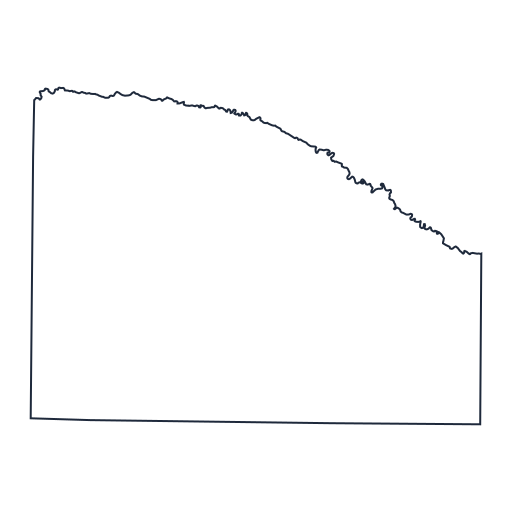 Pichi Mahuída, Río Negro, Argentina
{"feature_id": "61730980B95848117097679", "entity_name": "Pichi Mahuída", "entity_type": "district", "adm_level": 2, "iso_a3": "ARG", "parent_name": "Argentina", "parent_adm1": "Río Negro", "projection": "albers", "projection_center": [-64.189, -39.336], "detail": "fine", "context": "isolated", "style": "outline", "palette": "slate", "viewbox_px": 512, "rotation_deg": 0, "n_neighbors": 0, "source": "geoboundaries", "source_scale": "gbopen_adm2", "svg_char_len": 5933}
<svg xmlns="http://www.w3.org/2000/svg" viewBox="0 0 512 512"><path d="M200.5,105.3L200.3,105.8L200.6,106.7L200.6,107.2L200.2,107.5L199.1,107.3L198.8,106.6L198.3,105.9L197.2,105.5L196.4,105.5L195.5,106.2L194.4,106.1L192.1,105.4L189.0,105.9L188.3,105.6L187.8,105.7L185.9,105.5L183.9,104.6L183.7,103.3L184.0,102.6L183.8,101.9L182.9,102.1L179.6,103.4L177.5,103.5L177.5,103.0L177.7,102.5L177.5,102.0L176.9,101.4L175.8,101.1L175.3,101.4L174.2,101.4L172.7,99.8L171.4,99.0L169.5,98.5L167.1,97.4L166.8,97.6L166.4,98.3L163.7,99.5L162.6,100.6L162.1,100.8L161.7,100.5L161.4,99.8L160.7,99.2L159.4,98.8L158.8,98.8L156.0,100.1L152.5,100.1L151.2,99.9L150.7,99.7L149.8,98.9L144.3,96.6L141.9,96.4L139.8,95.6L138.0,94.2L137.2,93.9L136.0,93.8L135.3,93.4L134.3,92.3L133.6,92.2L132.1,93.1L130.7,94.6L129.7,95.1L128.5,95.4L125.0,95.7L122.4,95.1L120.5,94.0L119.0,92.8L117.0,91.9L115.9,92.6L114.7,94.1L114.1,95.3L113.6,95.8L112.5,96.0L111.2,95.6L110.7,95.7L109.8,96.1L109.2,97.2L108.3,97.7L105.6,97.8L104.7,97.6L103.1,96.8L102.1,96.8L98.7,95.5L97.5,94.7L96.0,94.4L95.1,93.9L94.2,94.0L91.9,93.9L90.5,93.7L89.3,93.1L86.6,93.6L85.9,93.5L85.3,93.0L83.6,92.7L82.2,92.0L81.8,92.0L79.4,93.2L78.8,93.2L75.5,92.1L74.8,91.5L74.3,91.4L73.1,91.8L72.5,91.0L71.9,90.8L69.7,91.2L68.0,90.6L64.9,90.4L64.3,88.8L63.8,88.2L63.2,87.9L60.9,88.1L59.7,87.7L59.0,87.7L58.4,88.1L58.0,89.5L57.7,89.7L56.5,89.3L55.6,89.4L55.2,89.7L54.9,90.1L54.8,91.4L53.8,93.0L52.7,93.6L51.1,93.2L49.8,92.0L48.7,91.4L48.3,89.6L47.5,89.0L45.6,88.6L45.1,88.8L44.8,89.3L44.9,89.8L43.9,90.7L42.7,91.1L40.2,91.3L39.8,91.7L39.8,92.5L40.6,93.6L40.6,95.2L41.6,96.7L41.3,98.1L40.5,99.2L39.9,99.6L39.5,99.4L39.0,98.6L38.4,98.2L36.1,98.0L34.7,99.7L34.2,100.1L33.1,156.2L30.7,418.3L90.0,420.1L331.1,423.2L480.2,424.3L481.3,253.6L480.6,253.9L478.8,253.5L477.1,253.7L472.6,252.9L470.5,253.4L470.1,254.1L469.8,254.2L468.8,253.7L466.6,251.7L465.1,251.2L464.8,250.9L464.3,251.1L464.1,252.6L463.8,253.2L463.3,253.6L462.7,253.4L461.5,252.1L460.0,251.0L457.7,247.9L456.7,247.3L456.4,246.8L455.6,246.5L454.4,247.1L452.6,248.6L451.7,248.9L450.1,248.4L449.6,246.8L446.0,245.1L443.0,243.3L443.0,242.2L443.4,241.0L443.9,238.3L441.3,234.3L439.1,232.3L438.5,232.1L438.3,233.4L437.7,233.8L437.0,233.7L436.7,232.8L436.6,231.2L435.0,230.8L434.4,231.4L433.4,231.4L432.3,230.7L431.5,230.1L430.8,227.7L430.3,227.3L429.8,227.3L428.5,228.7L426.8,229.4L425.3,229.1L424.6,228.4L424.6,227.4L425.1,225.5L424.7,224.1L424.0,224.2L423.7,226.4L423.0,227.8L421.8,228.1L421.2,227.8L420.2,227.0L420.1,226.4L420.1,224.5L420.7,221.7L420.5,221.2L418.7,221.9L416.5,221.8L415.3,221.5L414.6,221.0L414.5,220.7L415.1,219.4L414.8,218.8L414.2,218.8L412.1,220.0L411.1,219.8L410.6,219.3L410.3,218.6L410.3,218.2L410.6,217.5L411.5,216.9L412.0,216.1L412.1,214.7L411.7,214.1L410.6,213.8L408.8,214.5L406.9,214.6L406.2,214.5L403.0,212.8L402.1,212.6L401.4,212.2L400.6,211.4L400.1,209.7L399.8,209.3L398.7,208.4L397.4,207.7L396.6,207.8L394.8,209.2L394.3,209.1L394.0,208.8L395.3,207.1L395.6,206.1L395.1,204.2L394.3,203.0L393.7,201.2L392.5,200.0L391.0,199.6L389.6,198.9L389.2,198.1L389.3,197.3L389.7,196.6L389.8,195.7L389.5,194.6L390.0,193.2L390.6,192.9L391.0,192.3L390.8,190.4L390.3,189.9L389.2,190.0L388.4,190.5L387.9,190.3L387.1,190.5L386.0,190.2L385.2,189.2L384.7,187.6L383.2,184.0L382.0,183.6L381.3,183.8L380.9,184.4L380.8,184.8L381.0,185.3L382.3,185.9L382.4,186.2L382.4,187.4L382.3,188.0L382.0,188.4L380.3,188.8L378.2,188.7L375.6,189.5L373.1,191.8L372.6,192.4L371.8,192.5L371.4,192.2L371.4,191.1L372.5,188.3L372.4,187.7L370.6,185.6L370.5,184.6L370.2,184.0L369.6,183.8L368.6,184.3L367.4,184.6L366.2,184.3L364.8,181.5L364.0,180.5L363.0,179.6L362.4,179.4L361.6,179.9L361.0,181.2L361.1,181.6L361.5,182.0L362.4,181.8L363.3,182.1L363.7,182.6L363.5,183.2L362.9,183.5L362.2,183.5L361.6,183.3L360.2,182.4L359.5,182.3L358.3,182.8L357.8,183.4L357.1,183.5L355.7,182.8L355.4,182.3L354.7,179.5L353.8,177.6L353.2,177.0L352.7,176.7L352.1,176.7L349.9,178.7L348.9,179.2L348.0,179.0L347.4,178.4L347.3,177.3L347.6,176.6L349.3,174.6L349.6,173.3L349.3,171.9L348.6,170.7L347.9,169.0L346.7,167.8L344.1,167.6L343.2,166.9L342.0,166.5L341.8,166.0L341.9,164.0L341.4,163.6L338.1,162.4L336.1,161.5L334.7,161.8L333.6,160.8L332.5,161.0L332.1,160.7L331.2,159.2L331.1,157.6L333.3,156.1L334.0,154.4L334.1,153.8L333.7,153.1L332.5,152.8L331.7,153.1L329.2,155.1L328.4,155.3L327.6,154.6L327.3,153.9L327.6,152.6L329.0,152.6L329.6,151.7L329.4,150.8L328.1,149.9L326.2,149.7L323.8,150.3L321.5,149.7L319.6,149.5L318.9,150.0L317.8,151.7L317.5,152.6L316.8,152.9L316.4,152.8L315.8,151.9L315.6,150.7L315.6,148.8L316.2,147.5L315.9,147.0L315.2,146.6L311.3,146.3L310.3,146.0L308.3,144.7L307.3,143.8L306.4,142.7L302.8,141.1L300.6,139.6L299.8,139.5L298.6,139.9L298.2,139.6L297.5,138.2L296.7,137.7L296.0,137.7L295.1,138.2L294.4,138.0L288.0,133.8L285.9,133.2L284.5,131.9L282.0,131.2L281.5,130.8L280.4,128.7L276.3,126.6L275.3,125.6L273.9,125.7L272.1,125.3L268.9,123.9L267.2,122.8L266.5,123.1L265.8,123.1L264.3,122.9L263.4,122.5L262.3,121.4L260.7,120.5L260.3,119.9L260.5,118.6L260.4,118.0L259.9,117.4L259.4,117.2L256.2,118.8L254.7,120.0L253.7,120.3L252.2,120.2L250.8,119.6L249.4,117.0L247.8,116.1L247.3,115.3L247.3,113.9L247.0,113.4L246.5,112.9L246.0,112.9L245.4,114.9L244.7,115.3L244.2,115.4L243.4,113.7L242.7,113.0L242.1,112.7L241.8,113.0L241.6,114.3L240.5,115.5L239.0,115.5L238.8,115.0L238.9,114.2L238.6,113.8L238.0,113.7L236.9,114.3L236.0,114.5L234.5,113.7L234.3,113.4L235.4,111.9L235.6,111.2L235.6,110.6L235.3,110.0L234.6,109.8L234.0,109.7L233.3,110.2L233.0,111.1L231.8,112.7L230.7,113.0L230.5,111.5L230.3,110.7L229.9,110.0L228.9,109.3L228.0,109.5L227.1,111.7L226.4,111.7L226.0,111.4L225.4,110.1L224.1,109.5L223.2,108.5L222.4,108.1L220.8,107.8L220.3,107.9L219.8,108.5L219.2,108.6L218.7,108.3L216.9,106.5L215.2,105.6L214.9,105.7L214.4,106.9L213.8,107.2L211.7,107.2L210.2,107.7L207.2,107.9L205.8,108.3L204.6,107.7L203.5,105.9L202.1,105.8L200.9,105.2L200.5,105.3Z" fill="none" stroke="#1e293b" stroke-width="2"/></svg>